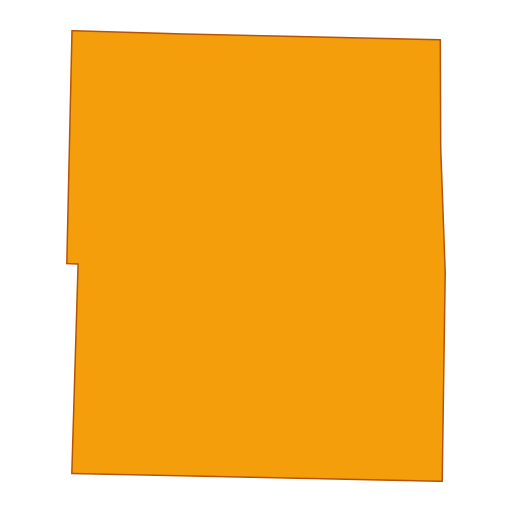 Wright, Missouri, United States of America
{"feature_id": "52423323B43564787012059", "entity_name": "Wright", "entity_type": "district", "adm_level": 2, "iso_a3": "USA", "parent_name": "United States of America", "parent_adm1": "Missouri", "projection": "albers", "projection_center": [-92.499, 37.271], "detail": "fine", "context": "isolated", "style": "filled", "palette": "amber", "viewbox_px": 512, "rotation_deg": 0, "n_neighbors": 0, "source": "geoboundaries", "source_scale": "gbopen_adm2", "svg_char_len": 244}
<svg xmlns="http://www.w3.org/2000/svg" viewBox="0 0 512 512"><path d="M71.8,473.5L442.2,481.3L445.2,272.7L440.7,147.8L440.3,39.8L180.2,33.9L72.0,30.7L66.8,263.6L78.1,264.0L71.8,473.5Z" fill="#f59e0b" stroke="#b45309" stroke-width="1.5"/></svg>